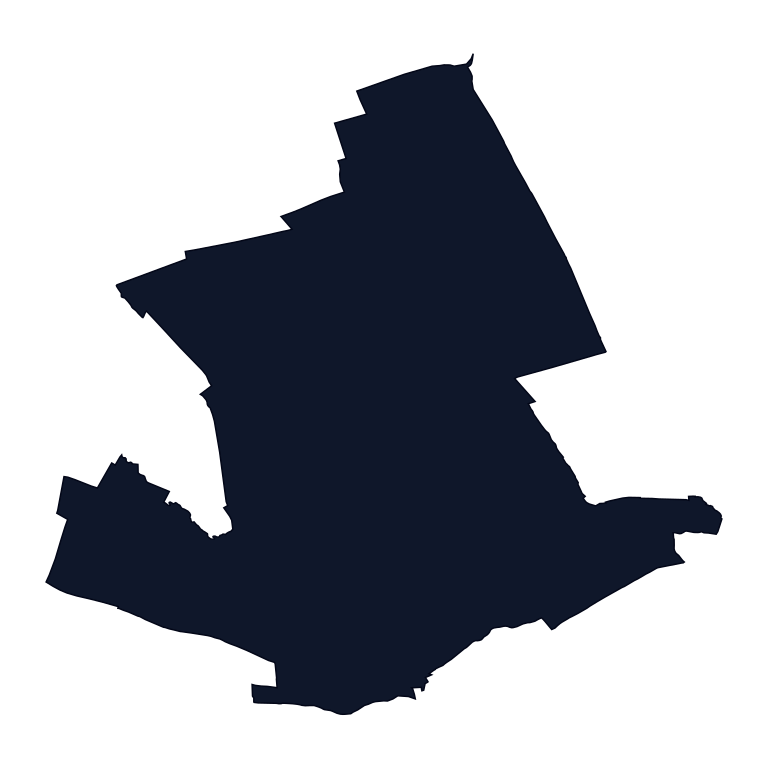 Oras Targu Frumos, Iasi, Romania
{"feature_id": "2599482B18034592271284", "entity_name": "Oras Targu Frumos", "entity_type": "district", "adm_level": 2, "iso_a3": "ROU", "parent_name": "Romania", "parent_adm1": "Iasi", "projection": "natural_earth1", "projection_center": [27.003, 47.228], "detail": "fine", "context": "isolated", "style": "filled", "palette": "ink", "viewbox_px": 768, "rotation_deg": 0, "n_neighbors": 0, "source": "geoboundaries", "source_scale": "gbopen_adm2", "svg_char_len": 6093}
<svg xmlns="http://www.w3.org/2000/svg" viewBox="0 0 768 768"><path d="M111.7,463.0L97.4,488.0L91.3,486.1L74.8,479.6L67.9,477.2L64.0,476.6L57.7,510.5L56.8,513.2L67.7,519.4L65.0,527.0L61.1,539.5L55.3,559.0L49.3,575.0L46.1,582.0L53.1,586.3L60.1,590.1L67.0,593.0L76.8,595.9L88.6,598.6L102.1,602.0L118.3,606.6L117.9,608.3L119.0,608.4L123.3,610.2L128.5,612.0L137.9,616.1L139.9,616.6L145.3,619.5L163.4,627.2L165.2,627.5L169.5,628.9L173.9,629.9L180.2,631.5L182.2,631.7L192.2,633.1L207.4,635.5L211.0,636.3L214.9,637.7L220.0,639.0L222.9,640.4L225.2,641.7L230.2,643.8L236.8,646.2L246.8,650.4L268.6,660.5L274.3,662.3L274.8,662.9L275.2,664.0L276.6,678.0L276.4,679.1L277.1,687.7L267.4,686.4L261.2,686.1L255.4,685.4L252.1,684.5L252.5,696.1L253.8,698.0L253.8,702.0L254.1,702.4L258.3,702.9L276.4,703.3L279.0,703.7L281.3,703.6L282.5,703.2L285.9,703.3L292.5,703.7L297.0,704.2L299.8,704.7L301.9,705.3L305.3,705.7L310.1,705.5L314.1,705.5L318.2,706.8L321.5,708.1L323.2,709.1L324.4,709.6L330.5,710.5L332.4,711.2L336.9,713.2L340.3,714.1L342.9,714.3L345.4,714.2L350.8,713.7L353.1,712.1L357.7,709.9L364.5,705.4L368.4,704.2L372.7,702.3L375.5,701.6L383.9,700.8L387.5,701.0L393.0,698.9L397.8,695.8L408.4,696.5L415.3,698.9L414.4,694.5L412.8,689.2L411.6,687.8L421.3,687.3L421.6,689.6L421.9,690.8L423.7,690.2L425.1,683.6L427.9,682.0L428.0,681.7L425.4,677.5L431.6,674.8L429.0,673.7L433.6,670.4L435.3,669.4L435.4,668.9L438.8,667.2L442.9,665.4L444.7,663.8L446.9,662.2L451.3,659.3L464.4,648.6L465.9,647.8L467.2,646.8L472.4,642.0L474.4,641.0L475.7,640.6L477.5,640.7L479.5,640.4L481.4,639.7L482.6,638.5L483.8,637.0L487.2,634.8L488.5,633.5L489.4,632.3L490.6,629.9L491.8,628.9L493.6,628.0L497.0,627.4L499.9,627.1L503.9,626.2L505.8,626.1L507.7,626.4L509.6,627.2L511.6,627.7L513.1,627.6L517.0,626.6L522.9,623.9L527.5,622.7L529.9,622.6L534.9,621.2L537.9,619.5L541.4,617.8L542.9,619.1L544.9,621.3L551.7,629.5L555.0,628.0L557.5,625.6L560.0,623.5L562.2,622.0L567.7,618.8L569.2,617.8L572.1,616.4L577.7,613.5L586.9,608.2L589.7,606.2L596.2,602.2L604.9,597.1L621.8,587.6L624.5,586.4L634.4,580.5L637.7,578.9L646.0,574.0L649.8,572.1L656.0,568.5L657.7,567.7L658.8,567.5L682.2,562.9L683.1,562.9L684.3,562.0L682.9,560.8L681.4,559.0L678.8,555.6L676.1,553.3L675.4,552.3L674.6,550.8L674.1,548.9L674.1,547.4L674.2,545.2L674.1,539.4L673.6,538.0L673.3,534.2L673.0,532.8L675.0,532.7L679.6,533.7L681.2,533.5L683.7,532.2L684.9,531.3L686.5,531.0L693.9,532.4L697.3,532.5L699.2,532.4L701.2,531.8L702.1,531.9L703.4,532.6L704.4,532.8L708.4,533.0L716.2,534.2L717.8,531.6L721.9,518.9L720.7,517.5L720.9,516.7L721.3,516.1L720.5,514.2L719.2,512.8L716.9,511.0L715.1,510.2L713.1,508.0L712.5,506.5L710.4,505.6L709.6,505.9L705.7,504.3L706.4,503.4L702.9,500.6L701.8,498.1L700.6,497.3L698.0,496.8L695.1,496.9L695.2,496.3L693.2,496.2L688.6,496.4L688.9,500.4L686.0,499.7L659.0,499.0L652.1,498.5L640.3,498.3L640.3,497.6L628.9,497.4L622.6,498.1L609.5,501.0L605.5,502.2L605.9,503.0L602.8,503.4L599.8,503.5L595.7,505.9L589.3,504.0L586.5,502.5L585.2,501.1L583.1,498.2L585.2,496.3L582.1,493.5L581.1,491.2L579.0,486.7L577.9,484.3L578.2,482.6L575.5,478.1L575.1,476.3L570.8,469.3L569.5,466.6L568.0,465.5L567.5,464.8L565.8,463.2L562.6,457.8L563.3,457.2L558.8,451.7L557.2,449.3L556.4,447.7L556.1,446.1L555.7,444.8L555.1,443.8L553.1,442.0L551.3,439.7L549.2,434.5L548.5,433.2L546.0,431.1L544.5,429.4L541.3,425.2L534.3,415.1L533.4,413.5L533.0,412.0L532.2,410.6L531.0,409.1L528.3,403.7L535.1,401.5L514.6,378.5L517.5,377.0L552.6,367.3L596.6,354.5L605.3,352.2L606.0,351.6L601.3,341.5L600.4,339.3L600.5,337.8L599.0,335.7L597.0,331.0L595.0,325.6L589.5,313.3L570.7,268.1L568.6,264.0L566.5,259.3L566.1,257.5L564.9,255.9L564.1,254.0L555.7,238.8L546.9,221.9L544.5,216.9L532.0,193.9L531.2,192.7L529.9,191.2L525.5,182.9L515.6,165.6L513.6,161.8L512.0,158.2L511.2,156.2L504.6,143.8L503.7,141.3L492.2,119.9L473.2,89.5L471.8,81.0L472.1,79.4L472.1,76.1L470.5,72.2L467.5,67.1L470.1,65.4L470.8,64.6L471.5,63.4L472.3,60.0L473.2,53.7L471.2,58.7L466.5,64.1L454.2,66.2L450.0,65.0L444.0,64.9L440.0,65.6L432.1,66.2L404.3,74.3L356.8,91.1L360.2,99.9L366.7,114.1L334.6,123.2L346.1,158.5L338.1,160.8L339.6,164.8L340.3,169.1L339.7,174.3L340.3,181.8L344.4,192.1L330.7,196.5L321.3,200.1L300.2,209.3L292.1,212.5L281.0,216.5L290.4,227.3L292.0,229.2L290.0,229.9L287.2,230.6L283.1,231.4L268.3,234.8L234.5,242.3L194.3,250.0L185.3,251.5L186.6,259.0L117.0,284.8L116.4,285.6L116.8,286.6L118.5,289.3L121.0,292.8L121.3,293.5L121.3,296.2L121.5,296.8L122.1,297.2L124.8,298.0L128.1,301.6L130.3,304.4L131.2,305.6L131.7,306.9L132.7,308.1L135.0,309.9L136.5,311.2L138.3,313.4L142.3,317.4L142.9,317.6L143.7,316.3L144.6,314.1L145.4,312.4L146.5,311.1L163.5,329.3L180.5,347.8L202.2,370.1L205.5,374.2L206.6,375.8L209.2,382.1L211.6,385.8L200.3,394.3L202.7,395.8L205.6,399.2L206.2,400.0L206.7,401.0L207.1,402.2L207.3,404.2L207.7,405.3L208.7,406.7L210.1,407.7L212.6,414.6L214.4,421.2L219.7,452.4L226.2,501.7L227.7,505.6L223.8,507.8L229.8,516.4L231.7,520.3L232.8,529.1L231.2,531.1L228.4,532.3L226.4,533.6L225.4,534.6L224.6,534.3L223.0,534.1L221.8,534.9L219.9,535.5L219.5,536.5L218.5,537.1L216.9,537.0L215.0,536.1L213.6,536.2L213.0,536.5L213.0,537.0L214.5,538.2L214.6,538.7L214.2,539.1L213.0,539.2L210.9,539.0L209.8,538.3L208.4,537.2L207.6,536.2L207.6,535.0L207.4,533.7L204.7,531.9L203.2,531.1L201.9,529.9L201.0,529.4L200.2,528.7L199.4,527.4L198.0,525.7L196.5,524.8L194.1,521.9L192.6,522.2L191.6,522.1L191.0,520.7L190.6,518.7L189.8,517.6L190.0,516.7L190.4,515.7L190.4,514.5L189.5,512.9L187.9,511.2L184.3,509.2L182.1,508.5L181.3,507.7L180.0,505.5L179.3,505.0L177.9,504.3L176.6,503.2L175.7,502.7L174.5,503.3L173.7,503.8L173.1,503.7L170.4,502.1L169.4,502.3L169.1,502.6L169.3,503.5L170.4,504.8L170.2,505.4L169.0,505.5L168.0,505.2L165.3,503.0L163.7,502.2L169.3,491.5L148.2,482.8L146.4,481.6L145.4,479.0L144.8,477.0L144.4,476.3L143.1,475.5L142.8,475.5L140.1,474.5L138.4,473.2L138.1,472.3L138.0,466.2L137.9,464.4L132.2,463.9L132.1,463.2L130.8,462.2L128.4,462.8L126.8,461.9L126.2,461.2L126.1,458.9L125.2,457.8L123.2,457.7L122.1,456.8L121.7,454.9L120.0,456.9L115.2,465.1L113.8,464.2L111.7,463.0Z" fill="#0f172a" stroke="#020617" stroke-width="1.5"/></svg>